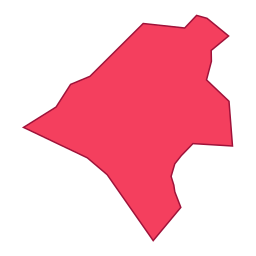 the border of Beltinci
{"feature_id": "SVN-1039", "entity_name": "Beltinci", "entity_type": "Municipality", "adm_level": 1, "iso_a3": "SVN", "parent_name": "Slovenia", "parent_adm1": "", "projection": "mercator", "projection_center": [16.25, 46.606], "detail": "fine", "context": "isolated", "style": "filled", "palette": "rose", "viewbox_px": 256, "rotation_deg": 0, "n_neighbors": 0, "source": "natural_earth", "source_scale": "10m", "svg_char_len": 416}
<svg xmlns="http://www.w3.org/2000/svg" viewBox="0 0 256 256"><path d="M23.5,127.4L56.1,107.0L70.6,84.4L90.0,76.3L143.2,23.5L184.7,28.0L196.6,15.4L207.0,18.3L228.6,36.0L211.2,50.4L211.4,61.3L206.5,79.9L229.0,101.3L232.5,146.0L192.9,143.6L181.3,155.6L174.8,163.8L171.1,176.4L173.8,185.1L174.8,191.8L180.8,207.4L153.2,240.6L107.2,174.7L87.3,157.8L23.5,127.4Z" fill="#f43f5e" stroke="#9f1239" stroke-width="1.5"/></svg>